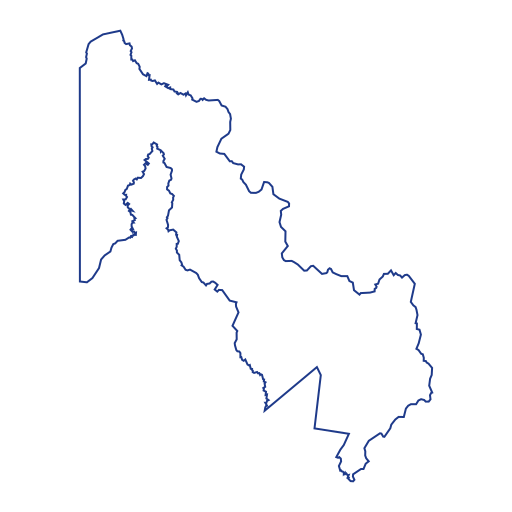 Chitambo, Central, Zambia (Natural Earth projection)
{"feature_id": "96606910B62371668778538", "entity_name": "Chitambo", "entity_type": "district", "adm_level": 2, "iso_a3": "ZMB", "parent_name": "Zambia", "parent_adm1": "Central", "projection": "natural_earth1", "projection_center": [30.302, -12.89], "detail": "fine", "context": "isolated", "style": "outline", "palette": "blue", "viewbox_px": 512, "rotation_deg": 0, "n_neighbors": 0, "source": "geoboundaries", "source_scale": "gbopen_adm2", "svg_char_len": 6040}
<svg xmlns="http://www.w3.org/2000/svg" viewBox="0 0 512 512"><path d="M432.2,392.6L429.2,385.7L430.1,378.7L431.7,375.0L432.1,367.9L428.5,363.6L426.6,362.5L425.9,361.1L423.7,360.8L423.8,357.8L422.8,354.3L421.2,353.8L418.5,350.0L416.4,348.8L418.7,343.3L420.9,334.6L419.5,329.7L416.8,329.0L416.9,323.5L415.6,323.2L417.5,315.1L416.5,309.9L415.6,307.1L413.3,305.3L410.8,301.9L414.8,283.8L408.8,275.9L407.0,274.7L404.8,275.1L402.0,277.6L400.2,275.5L397.9,275.0L395.7,273.0L393.7,275.2L391.0,270.4L387.8,273.8L383.9,273.9L382.8,276.5L379.5,279.5L378.1,283.7L375.3,284.5L376.6,286.7L376.2,287.9L374.7,288.9L374.6,291.4L370.0,292.6L360.7,293.1L359.5,294.6L354.0,290.2L352.8,282.6L349.4,281.0L347.3,276.1L341.2,276.1L336.2,274.1L332.7,272.4L331.0,269.0L329.6,268.3L328.0,269.7L327.3,272.2L326.4,273.1L322.0,273.9L313.2,265.8L310.9,266.2L306.9,270.5L304.2,270.7L297.8,264.5L294.0,262.1L291.7,260.9L285.7,261.1L283.9,260.1L282.3,257.4L281.8,253.4L287.8,246.0L285.3,241.6L285.5,231.3L281.0,226.9L279.5,222.1L281.2,214.7L280.8,210.9L283.0,208.9L289.0,206.3L289.1,203.5L287.8,201.9L279.3,198.6L273.4,194.2L272.4,186.8L269.0,183.0L267.4,182.3L264.1,182.0L261.5,189.5L258.7,191.8L255.9,192.9L250.9,192.8L249.1,191.2L245.9,184.7L243.4,182.1L242.2,179.6L240.8,178.6L241.2,174.6L243.8,169.5L244.1,166.7L241.0,164.3L238.0,164.4L233.2,163.1L231.8,161.2L229.8,161.3L224.3,153.9L219.8,153.5L216.4,151.7L217.4,147.1L221.4,138.7L228.5,133.7L230.3,130.0L230.2,121.9L230.9,118.7L230.1,114.1L228.5,112.0L227.5,109.1L225.5,106.7L221.6,105.5L219.2,101.0L217.8,99.9L208.6,100.5L206.0,99.8L204.1,98.3L202.6,99.9L201.8,98.9L200.5,98.8L198.9,101.0L196.5,101.8L192.2,99.6L192.5,98.3L190.7,95.4L188.6,94.6L187.8,92.3L186.0,95.3L185.5,93.5L183.5,94.7L180.5,93.0L178.2,94.4L177.1,93.5L177.8,93.0L177.1,91.9L174.5,91.5L173.4,89.5L170.3,89.1L170.2,87.5L168.3,88.2L165.2,86.3L165.7,85.5L167.0,86.1L168.2,84.8L163.9,83.2L161.4,84.4L158.4,82.6L157.1,83.9L154.9,80.4L152.7,81.0L151.2,80.6L150.8,79.6L149.0,79.8L149.6,75.1L148.6,75.1L148.3,73.6L147.5,73.2L146.4,76.1L143.0,74.3L139.4,68.9L139.7,66.8L138.2,63.8L136.7,63.2L134.9,60.3L133.1,61.1L132.3,59.5L131.3,59.5L131.3,55.7L130.5,54.9L131.5,52.2L130.7,51.1L132.0,48.4L131.6,46.6L129.9,45.2L129.5,43.4L126.1,44.1L124.6,42.9L124.2,41.1L123.3,40.5L123.6,39.4L122.2,34.8L120.3,30.7L103.0,34.4L90.7,41.6L88.6,44.1L86.2,52.4L86.9,53.6L86.1,57.1L86.7,58.7L85.7,63.5L79.8,68.0L79.9,281.5L86.9,282.3L92.4,278.1L99.0,268.1L101.1,259.5L104.7,255.4L110.4,251.5L111.5,247.6L113.3,244.1L115.2,243.4L117.6,240.8L125.4,239.8L129.2,237.4L130.2,237.7L130.8,236.7L131.7,236.9L131.4,235.9L133.2,235.7L133.9,235.2L133.6,234.5L135.8,234.9L136.0,232.6L135.0,233.0L134.1,231.6L132.6,231.9L130.5,229.7L131.1,228.9L132.0,229.8L133.1,229.4L131.6,226.3L131.6,224.2L132.4,222.7L133.6,222.6L132.4,221.2L134.8,220.1L134.4,218.3L135.3,218.1L132.3,214.9L130.9,214.7L130.4,212.1L128.9,210.9L129.6,209.9L132.6,210.8L130.9,208.9L130.2,209.5L127.8,207.4L127.6,205.6L129.1,204.0L127.7,202.9L125.5,204.9L123.8,203.5L124.2,201.2L123.3,199.5L125.6,199.4L127.0,197.0L125.8,195.4L126.0,194.8L124.7,194.8L123.2,193.4L124.6,192.0L125.3,190.0L126.8,188.9L128.0,185.6L129.8,185.0L130.2,183.6L131.5,184.6L133.7,183.7L133.9,182.3L133.0,180.8L133.8,179.6L135.8,178.5L136.8,179.4L137.8,177.7L141.0,178.0L142.9,176.2L144.0,174.1L142.6,171.7L144.2,171.0L145.6,168.5L145.1,166.0L144.0,164.8L145.8,163.0L146.9,163.3L146.9,164.3L147.8,164.8L148.8,163.5L144.6,160.0L145.9,159.0L147.9,158.9L148.7,157.6L147.7,156.1L148.2,154.5L149.6,154.1L152.4,151.0L151.8,148.8L152.6,147.3L151.6,146.5L151.3,144.4L152.2,144.4L153.7,142.5L157.1,144.5L156.7,145.9L157.5,146.9L157.2,148.6L160.6,150.2L160.8,151.4L161.2,150.8L163.6,153.2L163.9,154.4L162.8,155.7L164.7,158.8L163.4,161.0L163.4,162.5L164.4,162.9L166.6,167.0L170.6,168.0L171.9,169.2L172.0,170.6L170.6,174.7L171.5,178.4L171.1,179.7L169.3,180.6L168.3,183.5L168.5,185.6L167.1,187.0L167.1,189.4L169.0,190.7L170.3,193.4L172.1,194.0L173.9,195.9L173.1,197.5L173.2,199.8L171.8,202.4L172.3,203.2L172.0,207.5L169.0,210.3L168.0,215.7L166.9,217.3L167.5,218.1L166.5,219.8L168.1,225.0L167.9,227.4L166.6,228.3L168.1,229.7L168.5,231.2L169.6,230.3L173.2,229.6L176.4,232.4L176.1,234.7L177.1,234.9L176.8,236.6L178.8,241.1L177.8,243.8L176.7,243.9L176.7,246.8L175.8,248.7L176.9,250.5L176.9,252.5L179.2,254.8L179.7,260.2L181.4,262.4L182.1,264.7L181.6,265.3L183.6,266.7L185.6,269.8L187.5,270.4L190.0,269.6L196.2,273.0L197.8,274.7L199.1,278.2L201.8,282.1L203.4,282.5L206.0,285.4L207.0,283.9L209.6,283.5L211.4,281.7L213.1,281.5L215.1,282.7L217.6,284.9L214.7,289.5L217.3,291.6L218.9,289.9L222.2,290.1L229.7,300.6L236.5,302.3L235.9,303.9L236.1,306.6L238.5,312.4L232.5,325.8L237.3,331.0L236.6,332.6L236.7,339.3L234.7,343.1L235.0,345.4L236.3,350.0L237.4,351.3L239.3,351.5L240.4,353.1L240.4,357.2L241.3,357.1L242.1,359.8L243.7,360.8L245.3,359.5L247.5,364.5L249.0,365.4L249.8,365.0L250.7,368.7L251.9,368.9L251.7,369.5L252.8,370.7L252.7,372.1L254.1,372.9L257.1,372.0L258.0,373.3L259.3,373.1L260.1,375.0L260.9,374.3L262.0,374.8L263.1,379.2L264.1,379.5L263.8,381.5L265.5,382.3L264.6,383.6L265.2,386.8L263.3,388.0L263.9,388.8L263.6,390.5L266.0,391.7L265.6,394.9L267.0,394.5L266.4,398.5L268.5,400.1L267.0,400.9L266.3,403.0L265.4,402.9L267.0,405.7L266.0,406.0L265.3,407.4L264.7,410.7L316.9,367.1L320.8,375.1L314.5,428.4L348.9,433.8L343.8,445.0L340.4,449.6L336.3,457.1L338.1,457.8L339.2,457.1L340.8,458.6L341.1,461.4L338.9,466.0L340.2,470.5L340.8,470.2L341.5,471.3L342.7,471.5L343.8,472.6L343.8,473.9L344.9,472.7L345.2,474.1L346.3,473.4L347.6,475.3L348.7,475.0L347.6,477.7L348.7,477.8L348.3,478.7L350.6,481.1L353.1,481.3L354.4,479.8L352.9,476.5L353.1,474.3L361.0,469.0L363.5,469.0L365.7,463.7L368.7,461.3L366.2,458.3L365.2,455.5L365.3,451.3L364.4,448.2L368.8,440.8L380.0,433.3L381.4,433.6L383.2,436.6L384.4,436.8L390.3,428.3L391.3,424.6L395.3,419.5L398.6,416.9L403.8,417.0L405.9,408.6L408.2,405.7L410.9,404.2L416.1,404.2L418.4,400.5L421.1,399.2L424.2,400.0L425.7,401.6L428.7,401.6L430.5,399.3L430.0,395.2L431.1,393.0L432.2,392.6Z" fill="none" stroke="#1e3a8a" stroke-width="2"/></svg>